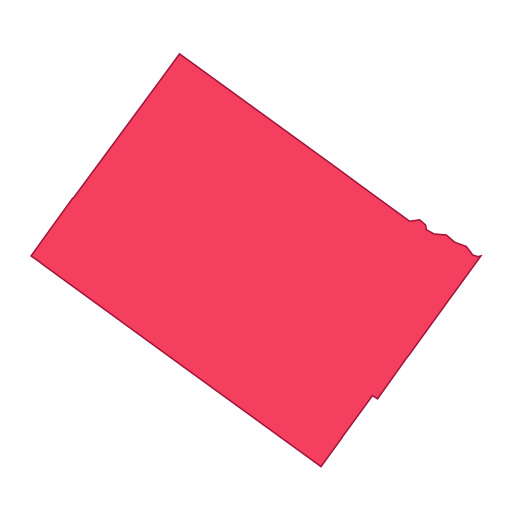 outline of Butte, South Dakota, United States of America, rotated 216°
{"feature_id": "52423323B65775953341518", "entity_name": "Butte", "entity_type": "district", "adm_level": 2, "iso_a3": "USA", "parent_name": "United States of America", "parent_adm1": "South Dakota", "projection": "robinson", "projection_center": [-103.763, 44.892], "detail": "fine", "context": "isolated", "style": "filled", "palette": "rose", "viewbox_px": 512, "rotation_deg": 216, "n_neighbors": 0, "source": "geoboundaries", "source_scale": "gbopen_adm2", "svg_char_len": 618}
<svg xmlns="http://www.w3.org/2000/svg" viewBox="0 0 512 512"><g transform="rotate(216 256 256)"><path d="M74.1,388.3L76.0,386.0L81.1,384.2L91.5,387.3L103.4,383.9L114.4,384.9L124.8,378.5L133.6,377.4L136.9,380.7L144.8,381.5L152.2,374.4L212.7,374.5L236.3,374.7L436.7,374.6L436.8,338.8L437.8,196.4L438.3,194.6L438.2,159.2L438.0,123.8L427.9,124.0L423.7,123.8L237.7,123.7L79.6,123.8L79.6,159.7L79.8,160.1L79.7,210.6L79.8,211.4L76.2,211.8L73.7,211.8L74.2,262.5L74.0,265.8L74.1,306.7L74.1,306.8L74.1,325.1L74.1,325.3L74.2,334.8L74.1,337.5L74.1,338.5L74.1,388.3Z" fill="#f43f5e" stroke="#9f1239" stroke-width="1.5"/></g></svg>